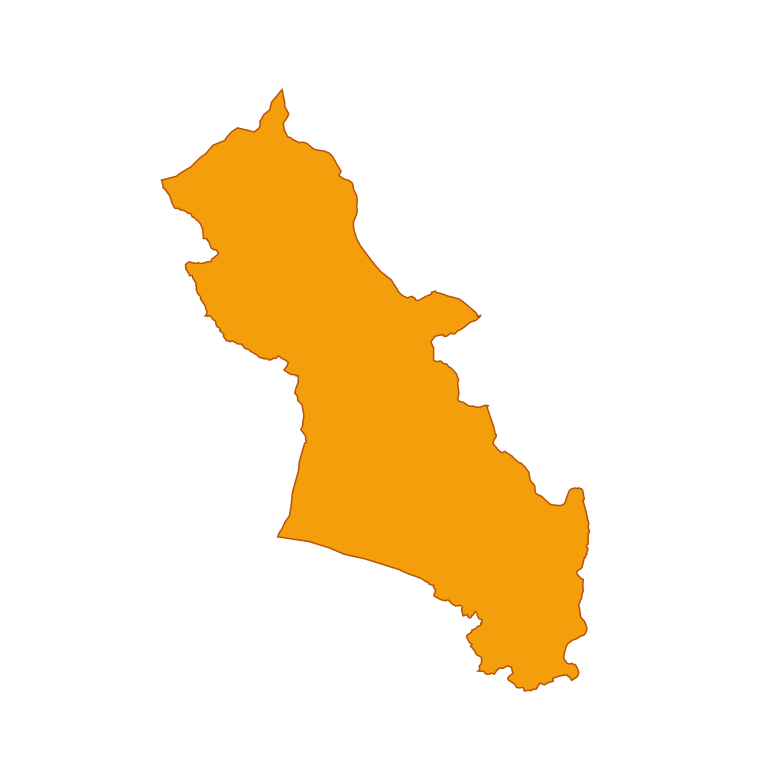 South East Malekula, Malampa, Vanuatu, rotated 18°
{"feature_id": "77236927B5490091431503", "entity_name": "South East Malekula", "entity_type": "district", "adm_level": 2, "iso_a3": "VUT", "parent_name": "Vanuatu", "parent_adm1": "Malampa", "projection": "albers", "projection_center": [167.679, -16.314], "detail": "fine", "context": "isolated", "style": "filled", "palette": "amber", "viewbox_px": 768, "rotation_deg": 18, "n_neighbors": 0, "source": "geoboundaries", "source_scale": "gbopen_adm2", "svg_char_len": 6170}
<svg xmlns="http://www.w3.org/2000/svg" viewBox="0 0 768 768"><g transform="rotate(18 384 384)"><path d="M109.4,258.8L112.3,263.0L113.1,265.4L113.7,266.0L115.0,266.1L122.2,271.3L126.3,277.2L129.9,280.9L131.0,281.5L134.6,280.5L136.9,281.5L138.0,280.9L141.6,280.9L145.3,282.3L146.2,281.7L147.8,281.8L150.1,284.5L150.9,284.2L151.9,284.4L154.6,285.8L156.3,286.1L159.8,288.3L163.7,292.7L167.3,301.4L170.9,300.7L172.1,302.3L173.1,302.4L177.5,308.0L180.8,309.0L182.0,308.2L183.1,308.4L185.3,310.1L186.2,311.8L181.4,318.9L181.9,320.8L177.7,322.7L176.0,324.2L171.8,326.4L169.9,325.9L168.3,327.4L160.7,328.1L158.3,331.8L160.5,336.6L162.0,337.2L163.5,338.9L164.7,339.5L165.3,340.8L166.2,341.1L168.1,339.8L169.5,342.3L174.6,346.7L174.4,348.4L175.8,349.7L176.1,352.1L179.1,355.7L182.6,357.6L183.3,359.9L190.1,365.2L191.8,368.3L193.4,369.9L193.7,372.7L192.8,374.4L194.5,374.0L195.1,374.3L196.5,373.3L198.4,373.2L200.5,375.0L202.4,375.8L204.0,375.9L207.0,380.9L210.0,381.5L210.8,382.2L211.4,384.3L212.8,384.5L216.4,386.5L216.5,388.3L221.1,391.6L222.7,391.0L224.6,391.4L225.2,390.6L226.5,390.1L230.5,390.4L231.4,391.2L236.9,390.0L237.0,390.7L240.3,392.9L245.3,393.2L246.7,394.0L255.2,395.9L256.5,396.9L258.2,397.3L260.2,396.8L261.4,397.2L263.0,396.9L263.8,396.1L267.4,396.7L269.7,395.3L270.2,394.1L273.4,393.0L274.6,390.1L276.5,390.3L278.4,391.1L283.7,391.9L286.3,393.2L286.3,396.7L284.6,401.4L285.9,402.1L292.7,403.7L296.3,402.7L297.9,403.5L299.8,402.5L301.9,408.8L301.6,416.1L301.9,420.1L305.3,422.3L307.1,426.4L312.5,429.1L317.6,438.7L318.6,445.5L319.5,448.7L319.1,453.2L325.6,457.7L326.2,460.1L328.2,463.6L326.9,464.9L327.4,483.6L329.5,493.0L330.4,515.2L333.3,528.6L334.8,538.7L332.8,544.8L331.6,553.6L330.3,558.3L330.1,562.2L361.4,557.0L382.7,556.7L398.8,558.2L419.5,556.2L454.9,555.8L466.9,557.1L479.0,557.3L485.1,559.0L486.2,558.6L488.9,560.4L492.8,560.4L493.4,560.0L493.8,561.9L496.6,563.9L496.9,566.1L496.7,569.0L497.2,570.2L503.9,571.4L506.5,571.5L510.0,571.0L510.6,570.0L511.9,569.6L517.4,572.5L519.3,572.4L520.6,573.1L524.5,571.1L526.3,571.1L527.6,572.0L527.4,574.7L529.3,577.2L530.4,579.8L531.1,580.1L534.5,577.5L536.2,579.8L538.1,579.9L538.8,579.2L539.0,577.1L539.7,577.0L541.3,572.2L543.8,573.9L544.1,575.1L546.8,577.8L549.5,577.8L550.4,579.2L550.1,580.1L550.5,580.9L550.1,581.5L550.9,581.8L550.3,582.2L550.6,583.4L547.9,585.7L546.4,588.7L543.6,590.9L543.5,591.8L544.1,592.4L544.0,592.8L540.8,597.0L540.4,598.3L541.9,600.4L545.8,603.9L547.8,603.9L548.2,604.7L547.4,606.4L547.5,606.9L548.8,607.3L553.5,610.5L555.3,612.6L557.0,613.2L559.6,613.3L561.7,614.8L562.8,619.3L562.8,620.9L561.9,622.2L561.8,623.1L563.1,625.3L563.0,626.7L562.1,627.9L565.6,627.2L567.2,626.2L569.8,628.0L571.5,628.4L574.6,627.0L574.9,626.2L575.9,625.7L578.6,625.8L580.1,620.6L581.2,619.6L581.7,618.4L585.4,617.5L588.1,614.1L592.6,613.9L596.0,619.4L593.6,622.8L592.8,624.6L593.0,626.5L594.1,627.2L601.1,629.1L603.6,631.4L604.8,631.7L610.0,629.7L610.6,629.9L612.1,632.4L613.2,632.4L615.6,630.6L618.2,630.5L621.0,627.8L623.0,627.2L624.8,620.3L629.5,620.5L632.2,617.5L636.7,614.5L636.7,613.6L635.4,611.7L641.9,607.1L644.8,605.4L648.1,604.3L649.5,605.2L651.5,605.4L652.0,606.3L654.0,607.9L657.7,603.5L658.6,601.6L658.3,598.3L657.5,596.6L653.1,592.1L648.6,591.7L647.5,592.9L644.7,593.1L640.0,589.7L639.5,588.9L638.5,582.0L638.6,574.9L642.2,569.6L646.1,566.6L649.8,562.0L651.2,561.7L651.7,561.1L652.7,558.8L652.9,555.4L652.5,553.6L648.6,548.3L646.7,547.0L645.9,546.9L645.1,546.0L644.2,545.8L642.7,544.2L639.0,536.4L637.6,534.5L637.6,529.5L638.2,527.4L637.4,523.4L637.4,519.2L635.0,513.2L634.0,508.2L631.8,508.1L626.1,505.0L625.4,502.9L625.6,501.9L628.3,498.9L629.0,497.1L628.2,486.8L629.0,486.8L629.1,483.5L629.6,483.2L628.9,481.8L628.7,480.3L629.3,479.4L628.4,477.0L626.8,476.2L626.5,475.6L627.5,473.1L624.4,462.6L625.1,462.0L624.9,460.3L623.7,459.3L622.2,456.6L622.0,453.7L621.3,452.3L619.3,449.5L615.8,443.1L608.6,432.5L609.6,433.1L610.0,431.4L605.8,423.8L603.9,422.7L600.7,422.8L600.3,423.6L597.2,424.1L594.0,426.5L593.1,428.8L592.7,441.3L591.9,443.1L589.2,445.2L582.3,446.8L579.5,447.0L573.3,444.5L568.7,442.1L563.1,441.5L562.1,441.0L561.0,439.7L559.2,435.1L558.2,433.7L553.6,431.0L552.5,429.7L548.6,422.6L547.0,421.9L544.3,419.7L538.8,416.9L537.1,417.2L531.2,414.9L528.2,413.1L522.4,411.6L520.0,410.6L517.4,412.9L513.9,411.9L506.4,407.2L505.8,405.7L505.9,403.8L506.9,399.4L506.6,397.7L505.1,397.0L501.8,391.1L490.1,375.5L489.1,373.7L489.9,372.6L487.3,372.7L481.9,376.7L477.5,377.7L475.8,377.4L472.8,378.6L470.7,378.6L465.2,376.9L460.7,377.2L459.3,376.3L458.7,374.8L458.4,370.8L457.7,368.6L453.9,360.9L453.6,356.7L450.4,353.2L449.8,351.9L443.1,348.2L440.4,347.7L437.1,345.5L434.6,346.4L431.8,344.9L429.9,344.7L428.7,346.0L425.0,346.5L423.7,345.7L420.1,334.5L415.9,329.9L416.2,327.4L417.4,323.8L419.0,322.0L424.6,318.9L425.3,319.0L425.4,319.5L426.2,320.0L428.4,319.5L431.4,315.6L432.7,314.7L434.0,315.1L435.8,314.4L437.6,310.7L439.6,309.1L443.2,304.5L446.8,298.6L451.7,295.1L454.5,290.4L454.6,289.0L453.1,290.0L453.6,290.7L452.3,291.4L451.2,289.4L449.3,287.7L433.3,281.1L429.1,279.9L416.9,280.6L410.9,280.3L405.3,280.8L404.3,279.7L402.4,281.3L401.2,281.6L400.8,282.2L401.6,283.7L397.1,287.4L390.9,294.0L388.6,294.5L386.5,292.6L385.7,292.8L383.4,292.0L379.6,294.8L375.5,294.5L371.1,292.9L368.3,291.0L366.5,288.8L365.0,288.4L363.8,286.7L362.4,286.0L359.0,282.9L346.2,278.1L337.4,273.0L336.9,272.2L335.0,271.3L318.7,259.8L313.2,254.4L308.4,247.6L306.5,244.1L304.9,239.6L305.5,230.1L305.0,227.5L303.0,223.0L301.8,217.1L299.2,212.5L295.4,209.0L292.6,203.7L291.1,202.3L287.8,201.2L282.6,201.4L277.6,200.0L276.6,199.3L277.3,196.6L277.2,194.6L271.4,189.8L265.9,184.5L263.8,182.9L260.1,181.2L254.9,181.0L246.1,182.4L242.8,181.6L236.2,179.0L232.0,179.1L228.9,180.6L222.1,179.8L219.0,178.5L216.9,178.8L215.6,178.3L211.0,173.6L207.9,167.7L207.7,166.8L209.8,159.7L209.8,156.4L203.6,150.4L202.5,146.7L196.1,135.6L190.0,150.6L190.6,158.7L186.8,164.3L186.1,166.3L186.1,167.9L184.8,172.6L186.2,175.5L186.0,179.5L182.5,184.4L165.4,185.7L161.1,191.4L158.2,197.7L157.3,201.6L147.5,209.8L143.6,219.5L138.8,226.2L133.3,237.2L125.6,245.8L122.2,250.7L109.4,258.8Z" fill="#f59e0b" stroke="#b45309" stroke-width="1.5"/></g></svg>